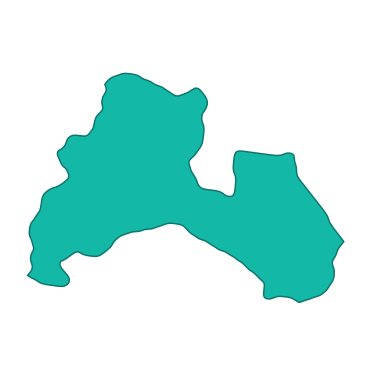 the district of Neyba, Bahoruco, Dominican Republic, rotated 277°
{"feature_id": "3306468B5748672743725", "entity_name": "Neyba", "entity_type": "district", "adm_level": 2, "iso_a3": "DOM", "parent_name": "Dominican Republic", "parent_adm1": "Bahoruco", "projection": "orthographic", "projection_center": [-71.416, 18.522], "detail": "fine", "context": "isolated", "style": "filled", "palette": "teal", "viewbox_px": 384, "rotation_deg": 277, "n_neighbors": 0, "source": "geoboundaries", "source_scale": "gbopen_adm2", "svg_char_len": 4648}
<svg xmlns="http://www.w3.org/2000/svg" viewBox="0 0 384 384"><g transform="rotate(277 192 192)"><path d="M288.2,92.4L285.3,93.9L283.6,94.3L282.7,94.4L280.8,94.1L279.1,93.5L275.9,92.1L273.1,91.6L271.1,91.5L269.2,91.7L265.3,93.0L263.8,93.2L262.9,93.0L261.3,92.3L256.6,88.8L254.8,87.8L253.9,87.5L251.0,86.9L244.9,86.3L242.9,85.8L242.1,85.5L240.5,84.7L236.7,82.4L235.5,81.2L235.0,80.4L234.6,79.5L234.3,77.5L234.2,70.1L233.9,68.0L233.7,67.0L233.3,66.0L232.3,64.4L231.0,63.1L230.3,62.5L228.6,61.7L223.9,60.6L222.1,59.9L221.4,59.5L219.4,57.9L217.0,54.8L216.4,54.3L215.6,53.9L214.8,53.7L213.1,53.8L211.5,54.4L203.8,59.0L201.9,60.9L200.1,63.6L198.9,64.8L195.3,66.9L193.8,67.6L193.0,67.8L192.1,67.8L191.2,67.7L189.6,66.9L188.1,65.7L185.9,63.7L183.8,61.4L181.9,59.0L180.7,57.3L178.7,52.8L177.0,50.2L175.6,48.6L174.1,47.1L172.5,45.8L171.6,45.3L169.7,44.5L167.7,44.1L165.7,43.9L158.5,43.7L155.5,43.3L153.6,42.6L149.6,40.4L146.1,38.8L142.1,36.5L141.2,36.1L139.3,35.6L137.2,35.3L134.2,35.3L132.1,35.4L130.1,35.8L128.3,36.5L125.1,38.3L123.4,39.1L117.8,41.5L116.2,41.8L114.7,41.5L112.4,40.6L110.7,40.1L108.8,39.8L106.9,39.8L104.9,40.1L104.0,40.4L100.8,41.8L99.2,42.5L98.3,42.7L96.4,42.6L95.4,42.4L93.7,41.7L89.1,39.0L87.4,42.7L85.8,47.2L83.8,51.3L83.1,53.2L82.9,54.3L82.6,56.5L82.4,59.9L82.2,70.3L82.3,72.5L82.5,74.7L83.1,76.8L83.6,77.6L84.7,79.1L86.1,80.2L87.0,80.6L87.9,80.9L88.8,81.0L90.2,80.9L90.9,80.7L92.6,79.8L94.0,78.6L99.9,72.3L102.0,70.6L103.5,69.8L104.3,69.6L105.7,69.7L107.0,70.2L107.5,70.7L109.3,73.5L110.4,75.0L116.2,81.4L117.4,82.8L118.2,84.3L118.7,85.9L118.4,87.5L116.9,91.3L116.5,93.1L116.2,96.0L116.1,99.9L116.2,102.8L116.4,104.7L117.0,106.6L117.9,108.3L119.7,110.6L121.7,112.7L124.6,115.4L126.8,117.3L128.4,118.4L132.8,120.4L135.1,122.0L138.0,124.6L139.3,126.1L140.4,127.6L144.9,137.0L145.4,138.9L146.4,143.7L147.0,145.5L149.0,149.7L149.5,151.6L150.3,155.5L150.9,157.4L153.4,162.3L155.0,165.9L156.7,169.1L157.5,170.8L158.3,173.7L158.6,177.8L158.4,183.0L158.1,185.0L157.5,187.0L157.0,187.9L155.8,189.6L152.5,193.6L151.3,195.2L150.3,196.9L149.1,199.6L147.0,203.6L146.3,205.4L145.3,210.3L144.7,212.2L142.2,217.1L140.7,220.6L138.2,225.5L137.7,227.4L136.9,231.3L136.3,233.2L133.9,238.1L132.4,241.7L129.6,246.5L128.5,249.2L127.5,250.9L121.8,258.3L119.6,262.7L118.5,264.4L114.0,270.1L111.9,273.0L110.8,274.3L109.2,275.0L107.3,275.3L100.6,275.4L98.8,275.6L97.2,276.2L96.4,276.7L95.9,277.4L95.5,278.3L95.3,279.1L95.2,280.0L95.3,281.9L95.8,283.7L97.9,287.7L98.6,289.4L99.2,292.4L99.4,297.6L99.3,300.7L98.8,303.8L98.2,305.6L95.5,311.6L96.4,314.0L98.5,318.0L100.0,321.6L102.2,325.7L103.8,329.2L104.7,331.0L105.9,332.7L108.1,335.0L110.5,337.1L112.2,338.2L115.7,339.9L119.0,341.6L120.7,342.4L122.7,342.9L124.7,343.2L127.7,343.2L130.8,342.8L132.7,342.3L135.9,340.8L137.5,340.1L139.4,339.9L141.2,340.1L142.9,340.7L145.3,341.9L147.0,342.5L151.8,343.6L153.7,344.2L155.4,345.1L161.3,348.7L172.5,337.7L176.4,334.1L178.0,332.8L179.8,331.7L184.2,329.5L185.9,328.3L188.3,326.2L193.0,321.7L215.3,299.3L217.7,297.0L219.3,295.7L221.1,294.5L223.0,293.7L228.8,292.6L230.6,292.0L234.7,290.2L239.9,288.9L240.7,288.5L241.4,287.9L241.9,287.2L242.2,286.3L242.5,284.6L242.5,283.7L242.2,281.8L241.6,280.1L239.5,276.1L239.0,274.1L238.5,270.9L238.4,267.6L238.4,262.1L238.7,236.8L238.4,233.8L237.8,232.0L237.2,231.2L236.4,230.6L234.6,230.0L232.7,229.7L228.5,229.6L223.0,229.8L219.8,230.2L218.7,230.5L216.9,231.1L212.8,233.2L210.7,233.7L207.5,234.1L200.9,234.4L196.8,234.2L195.0,233.8L194.1,233.4L193.3,232.8L192.7,232.0L192.4,231.2L192.2,230.3L192.1,229.4L192.2,227.5L192.7,225.7L194.8,221.8L195.5,220.0L195.8,218.9L196.0,216.8L196.2,214.6L196.2,206.9L196.4,203.7L196.8,201.6L197.1,200.7L198.1,199.1L198.7,198.4L200.1,197.2L201.7,196.2L204.3,195.0L206.0,194.0L212.5,188.8L214.3,187.9L219.1,185.8L220.7,185.3L221.5,185.3L222.4,185.5L223.3,185.8L224.9,186.8L228.7,190.0L230.3,191.1L233.8,192.8L237.0,194.6L238.8,195.4L240.8,196.0L242.9,196.3L248.4,196.5L253.9,196.4L257.1,196.0L259.1,195.4L264.1,193.1L266.0,192.7L268.0,192.6L269.9,192.7L271.8,193.2L275.8,195.3L277.6,195.9L280.6,196.4L282.6,196.3L283.6,196.1L284.5,195.8L286.4,194.9L288.0,193.7L289.6,192.4L293.2,188.8L294.4,187.3L295.3,185.7L295.5,184.8L295.6,183.9L295.5,183.0L295.2,182.1L294.2,180.6L290.4,176.0L289.4,174.3L286.0,167.7L285.5,165.9L285.6,164.0L285.7,163.0L286.4,161.3L288.1,158.2L289.7,154.7L292.3,149.8L292.8,147.9L293.9,143.1L294.5,141.3L296.5,137.2L297.1,135.3L297.9,131.4L298.4,129.6L300.8,124.6L301.3,122.7L301.7,119.6L301.8,115.5L301.7,112.4L301.2,109.3L300.5,107.5L298.4,103.4L297.2,100.8L296.2,99.0L294.9,97.3L292.6,95.1L290.9,93.9L288.2,92.4Z" fill="#14b8a6" stroke="#0f766e" stroke-width="1.5"/></g></svg>